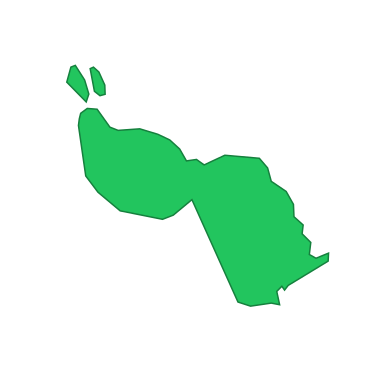 Sindo, North Korea (Albers equal-area conic projection), rotated 285°
{"feature_id": "82179303B2981535202544", "entity_name": "Sindo", "entity_type": "district", "adm_level": 2, "iso_a3": "PRK", "parent_name": "North Korea", "parent_adm1": "", "projection": "albers", "projection_center": [124.262, 39.858], "detail": "fine", "context": "isolated", "style": "filled", "palette": "green", "viewbox_px": 384, "rotation_deg": 285, "n_neighbors": 0, "source": "geoboundaries", "source_scale": "gbopen_adm2", "svg_char_len": 845}
<svg xmlns="http://www.w3.org/2000/svg" viewBox="0 0 384 384"><g transform="rotate(285 192 192)"><path d="M194.5,296.9L206.3,293.2L216.9,282.8L222.8,265.8L234.8,258.8L242.0,248.3L236.0,214.2L221.3,196.7L224.6,187.9L220.6,178.6L230.3,169.0L236.5,157.1L238.9,144.1L239.5,125.2L232.4,104.7L233.4,95.9L247.4,78.9L245.6,69.2L239.2,64.1L233.6,64.2L226.9,65.1L180.0,85.2L167.4,101.3L155.2,127.5L158.0,170.6L164.8,179.9L184.6,193.9L97.6,264.9L96.9,278.1L105.2,297.3L105.8,305.8L117.9,299.6L124.2,303.2L121.2,306.8L126.7,309.1L160.5,341.4L168.3,339.7L160.1,328.9L162.0,321.5L174.0,319.8L180.1,309.2L188.9,307.9L194.5,296.9ZM272.4,59.3L284.1,46.5L281.3,42.7L265.7,42.6L251.6,66.5L259.9,67.0L272.4,59.3ZM272.7,80.1L283.8,71.0L287.1,64.5L284.8,61.7L264.0,71.7L261.2,78.2L263.9,82.8L272.7,80.1Z" fill="#22c55e" stroke="#15803d" stroke-width="1.5"/></g></svg>